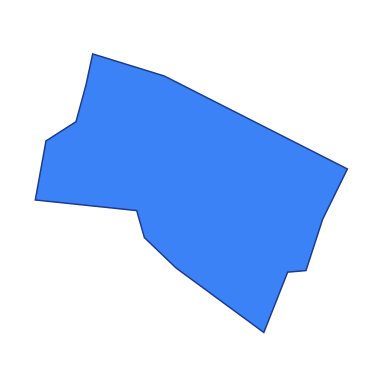 the border of Saint Thomas Middle Island, rotated 175°
{"feature_id": "KNA-5111", "entity_name": "Saint Thomas Middle Island", "entity_type": "Parish", "adm_level": 1, "iso_a3": "KNA", "parent_name": "Saint Kitts and Nevis", "parent_adm1": "", "projection": "orthographic", "projection_center": [-62.788, 17.332], "detail": "fine", "context": "isolated", "style": "filled", "palette": "blue", "viewbox_px": 384, "rotation_deg": 175, "n_neighbors": 0, "source": "natural_earth", "source_scale": "10m", "svg_char_len": 347}
<svg xmlns="http://www.w3.org/2000/svg" viewBox="0 0 384 384"><g transform="rotate(175 192 192)"><path d="M278.9,338.2L209.4,309.9L35.2,201.4L64.2,153.5L85.3,103.8L103.7,103.8L132.7,45.8L214.4,117.6L243.4,150.7L248.7,178.3L348.8,197.7L333.0,255.6L301.4,272.2L288.2,308.1L278.9,338.2Z" fill="#3b82f6" stroke="#1e3a8a" stroke-width="1.5"/></g></svg>